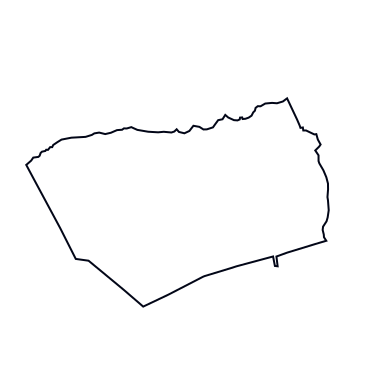 outline of West Honiara, Guadalcanal, Solomon Islands, rotated 334°
{"feature_id": "97153195B79685360325521", "entity_name": "West Honiara", "entity_type": "district", "adm_level": 2, "iso_a3": "SLB", "parent_name": "Solomon Islands", "parent_adm1": "Guadalcanal", "projection": "equal_earth", "projection_center": [159.939, -9.433], "detail": "fine", "context": "isolated", "style": "outline", "palette": "ink", "viewbox_px": 384, "rotation_deg": 334, "n_neighbors": 0, "source": "geoboundaries", "source_scale": "gbopen_adm2", "svg_char_len": 1541}
<svg xmlns="http://www.w3.org/2000/svg" viewBox="0 0 384 384"><g transform="rotate(334 192 192)"><path d="M318.5,149.5L313.4,150.5L307.3,149.5L303.0,147.0L296.6,144.6L291.2,145.0L288.7,143.7L286.0,144.3L284.2,146.5L281.9,147.3L279.0,149.5L275.5,150.0L272.1,149.6L269.5,148.6L269.8,147.0L267.8,146.2L266.7,147.7L264.3,147.6L261.2,145.8L257.2,140.9L255.7,137.3L251.3,140.0L247.0,138.9L241.9,141.6L239.2,143.1L232.8,142.2L229.7,140.8L227.2,136.7L222.3,133.1L216.4,136.0L210.9,135.9L206.6,132.3L205.7,128.9L202.6,129.9L199.6,129.5L193.0,125.5L187.7,123.5L179.0,118.6L170.1,112.2L167.1,108.6L165.9,107.1L161.2,106.3L158.7,105.0L156.4,105.4L154.0,104.4L151.7,103.5L145.1,103.2L139.4,101.9L134.6,97.9L129.9,96.5L127.0,96.8L120.5,95.8L107.4,90.3L97.7,87.7L92.8,88.2L87.9,88.9L86.0,90.4L84.2,89.5L81.0,91.0L79.5,90.1L78.2,90.8L74.8,90.0L73.0,90.6L71.0,92.6L69.3,93.1L64.4,91.5L61.2,93.3L54.9,95.0L55.5,111.2L57.7,166.8L58.2,201.2L68.9,208.4L87.8,250.1L97.9,273.6L125.8,273.9L164.7,273.0L166.4,273.1L193.9,277.5L199.4,278.3L226.8,283.6L236.6,285.5L234.1,294.8L236.4,296.3L239.6,287.0L250.9,288.2L280.0,292.8L291.3,294.7L290.8,290.5L291.8,288.0L292.8,283.4L294.6,280.6L296.1,279.7L300.1,277.3L302.8,274.3L306.9,268.3L310.6,259.0L311.5,256.0L315.5,249.2L316.7,246.6L317.9,244.1L319.2,237.6L319.6,230.1L319.0,222.1L319.3,219.7L321.8,214.5L321.0,208.7L326.3,206.9L328.4,205.7L328.1,200.0L329.1,194.5L327.2,193.9L321.5,186.7L319.0,185.5L319.9,182.6L317.6,181.9L317.9,179.5L318.2,173.0L318.5,149.5Z" fill="none" stroke="#020617" stroke-width="2"/></g></svg>